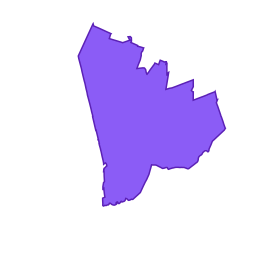 outline of Dubnas pag., Daugavpils, Latvia, rotated 121°
{"feature_id": "27541924B73485467634467", "entity_name": "Dubnas pag.", "entity_type": "district", "adm_level": 2, "iso_a3": "LVA", "parent_name": "Latvia", "parent_adm1": "Daugavpils", "projection": "equal_earth", "projection_center": [26.682, 56.079], "detail": "fine", "context": "isolated", "style": "filled", "palette": "violet", "viewbox_px": 256, "rotation_deg": 121, "n_neighbors": 0, "source": "geoboundaries", "source_scale": "gbopen_adm2", "svg_char_len": 5317}
<svg xmlns="http://www.w3.org/2000/svg" viewBox="0 0 256 256"><g transform="rotate(121 128 128)"><path d="M93.8,206.0L101.1,198.5L103.2,196.6L108.7,191.2L110.4,189.5L112.0,187.8L116.0,184.1L118.7,181.4L120.7,179.7L123.1,177.2L126.5,173.7L128.8,171.4L130.9,169.3L132.6,167.7L134.0,166.3L134.7,165.5L135.8,164.5L136.2,164.1L136.5,164.2L141.0,159.8L143.0,157.9L146.6,154.4L146.3,154.2L151.6,149.0L152.9,147.8L153.2,147.9L153.5,147.6L153.2,147.4L155.8,144.8L156.0,145.0L157.5,143.6L160.2,140.7L160.4,140.6L161.9,139.1L162.6,138.4L165.4,135.8L169.0,132.3L170.7,130.8L171.6,130.2L170.5,129.8L169.7,129.5L169.6,129.3L169.5,129.2L169.6,128.8L170.1,127.9L170.2,127.7L171.3,126.7L171.7,126.6L172.2,127.0L172.6,127.0L173.6,127.2L174.2,127.4L174.9,127.7L175.5,127.3L175.8,127.5L177.9,126.5L177.6,126.2L178.4,125.7L179.2,125.1L180.5,124.3L181.6,123.6L186.0,120.6L187.5,120.8L187.7,120.7L190.0,119.8L191.2,119.3L193.2,118.1L192.2,117.7L193.2,117.0L193.4,116.9L194.3,116.1L195.2,115.4L196.9,114.1L199.2,112.2L201.2,113.6L202.4,112.9L204.2,111.7L204.8,111.3L205.2,111.0L206.0,110.5L207.1,109.9L207.4,109.7L207.5,109.5L207.5,109.1L207.5,108.8L207.4,108.7L207.2,108.5L206.9,108.4L206.6,108.3L206.3,108.1L206.2,107.8L206.1,107.5L205.8,107.1L205.6,106.7L204.6,106.1L204.4,105.9L204.3,105.7L204.1,105.3L203.8,105.2L203.6,105.1L203.1,105.0L202.8,105.1L202.5,105.1L202.2,105.2L201.8,104.8L201.6,104.3L201.7,103.9L201.7,103.3L201.9,102.7L201.7,101.6L201.7,101.2L201.4,100.5L201.2,100.1L200.8,99.6L199.5,98.8L198.9,98.6L198.6,98.7L198.5,98.8L198.5,99.0L198.9,99.3L198.7,99.5L198.4,99.6L197.7,99.6L197.0,99.2L196.8,99.0L196.8,98.9L196.9,98.6L197.1,98.2L197.5,97.6L197.6,97.4L197.6,97.2L197.4,96.8L197.3,96.7L197.2,96.6L196.8,96.4L196.6,96.4L196.2,96.3L194.9,96.2L194.6,96.2L194.4,96.1L194.5,95.9L194.6,95.7L194.6,95.4L194.6,95.2L194.3,94.9L194.2,94.7L193.8,94.5L193.7,94.4L193.4,94.0L192.9,93.6L192.2,93.3L191.6,93.2L191.0,93.3L189.8,93.6L189.5,93.7L189.4,93.5L189.3,92.1L189.6,91.4L189.7,90.7L189.7,90.3L189.4,90.0L188.9,89.3L188.5,89.1L188.1,89.0L187.9,88.8L187.7,88.6L187.3,88.4L187.2,88.2L187.1,87.7L186.8,87.2L186.7,87.1L177.0,84.2L169.7,85.0L165.3,85.4L164.5,85.4L162.3,85.5L160.0,85.8L157.4,86.1L157.2,86.1L153.3,87.2L152.9,87.3L147.4,88.8L147.1,88.0L146.9,87.7L146.6,87.1L145.9,86.0L145.4,85.0L145.3,84.2L145.2,83.9L145.2,83.0L145.2,82.5L145.1,81.9L145.1,81.4L145.0,80.4L144.9,79.1L144.9,77.7L144.6,77.2L144.3,76.9L144.1,76.7L143.9,76.4L143.0,75.7L142.9,75.5L142.5,75.3L142.4,75.2L142.0,74.6L141.9,74.4L141.8,74.2L141.7,74.0L141.7,73.9L142.2,73.2L142.3,73.0L142.6,72.3L142.6,72.2L142.5,71.9L142.1,71.6L141.3,71.0L141.0,70.7L140.5,70.3L139.7,69.5L139.2,69.1L138.7,68.4L137.7,67.5L137.4,67.1L137.0,66.6L136.8,66.3L136.4,65.6L136.1,65.1L135.7,64.4L135.5,63.9L135.2,63.3L135.1,63.1L134.3,62.0L133.8,61.0L133.0,59.7L132.8,59.2L132.7,58.2L132.5,57.6L132.3,56.1L132.1,55.6L131.9,55.3L131.5,55.0L130.5,54.6L128.4,53.8L126.4,53.0L124.6,52.3L123.8,52.0L123.2,51.8L122.5,51.5L122.2,51.3L121.3,51.1L120.7,51.1L120.4,51.1L120.0,51.2L119.6,51.3L119.2,51.4L118.6,51.7L118.2,51.9L117.7,52.1L117.2,52.3L116.7,52.3L116.3,52.4L116.0,52.4L115.6,52.3L115.2,52.2L114.9,52.1L114.4,51.9L114.0,51.7L113.7,51.5L113.3,51.3L112.9,51.2L112.5,51.1L112.3,51.1L112.1,51.1L110.9,51.2L110.4,51.2L109.8,51.0L109.5,50.9L108.3,50.5L108.0,50.3L107.7,50.1L107.3,49.4L107.1,49.0L107.0,48.7L107.1,48.3L107.3,47.9L107.3,47.7L107.3,47.4L107.2,47.3L107.1,47.1L106.9,47.0L106.7,46.9L106.1,47.0L105.7,47.1L105.4,47.1L105.2,47.3L104.4,47.6L103.3,47.8L100.0,48.2L98.0,48.5L97.7,48.6L96.3,48.8L95.6,48.8L95.3,48.7L95.1,48.7L93.7,48.2L92.5,47.9L91.7,47.6L91.0,47.5L90.0,47.2L88.7,46.8L87.6,46.5L86.2,46.1L80.6,44.5L80.3,44.4L80.0,44.4L79.5,44.4L78.1,44.4L78.1,44.6L77.9,44.8L75.2,48.1L73.9,49.5L70.3,53.8L70.0,54.4L69.6,54.8L69.4,55.1L69.2,55.2L63.0,62.5L62.2,63.6L60.8,65.3L57.5,65.9L58.0,66.4L57.8,66.5L51.9,72.1L52.1,72.1L58.1,76.8L58.6,77.1L59.0,77.3L62.9,80.3L63.2,80.6L70.6,86.4L63.5,90.6L63.7,90.8L63.2,93.0L60.5,93.2L59.0,93.3L53.1,96.9L64.0,105.5L65.2,106.4L67.9,108.5L71.0,111.0L72.9,113.2L74.9,114.9L75.4,115.4L64.0,119.9L59.4,121.8L59.6,121.9L59.8,121.9L61.9,121.4L62.5,121.7L62.6,121.8L62.5,122.0L59.3,123.9L55.9,126.0L53.8,127.2L52.5,127.9L52.2,128.4L53.1,128.6L52.6,128.8L51.9,129.1L51.5,129.3L52.0,130.1L52.7,130.8L52.8,132.2L53.3,135.3L55.2,135.0L56.3,134.7L56.5,134.7L57.9,134.4L58.5,138.4L59.3,138.3L60.1,138.3L60.4,138.3L61.6,138.5L62.1,138.5L66.9,139.0L68.0,139.0L70.1,139.1L70.5,139.2L71.1,139.3L71.7,139.3L72.2,139.4L72.2,139.5L70.9,141.1L68.8,143.0L68.1,144.8L68.2,145.0L68.5,145.6L68.7,146.1L69.7,147.4L70.3,148.2L71.8,150.1L72.3,150.7L72.5,151.0L68.4,151.8L65.1,152.3L63.2,152.6L60.2,153.6L59.2,153.9L57.5,155.0L56.9,155.2L55.4,155.4L55.2,155.4L54.6,155.1L53.0,155.4L51.7,155.8L51.3,155.8L51.5,156.6L52.2,159.4L52.5,160.3L52.9,161.8L53.0,161.9L52.9,162.0L52.3,162.2L52.5,164.0L52.9,167.3L53.2,169.6L52.2,169.7L51.6,170.0L51.5,169.9L48.9,171.6L48.8,171.9L48.5,173.2L49.8,174.9L50.7,173.5L51.7,171.5L52.4,172.2L54.5,173.9L54.6,174.0L57.6,176.5L57.8,177.3L58.1,178.7L60.8,189.2L61.0,190.1L60.4,190.2L57.9,190.9L57.1,191.1L56.3,191.2L55.9,191.1L56.0,192.1L56.4,195.3L56.8,199.1L57.5,205.0L57.6,205.7L58.0,208.6L58.2,209.9L58.1,210.1L57.9,210.3L56.6,211.6L56.8,211.6L75.1,209.6L91.9,207.7L93.8,206.0Z" fill="#8b5cf6" stroke="#5b21b6" stroke-width="1.5"/></g></svg>